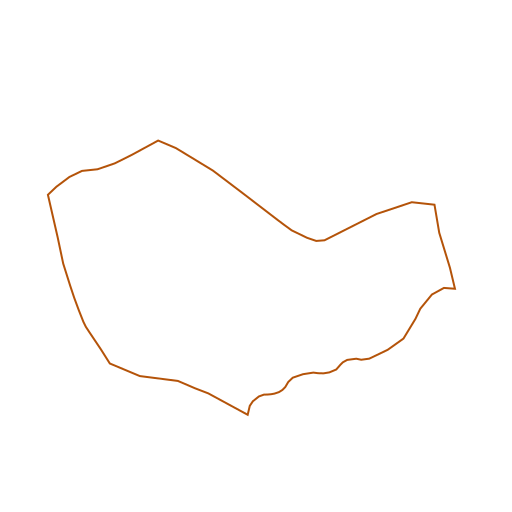 the district of Cajolá, Quezaltenango, Guatemala, rotated 338°
{"feature_id": "79465075B33960112872468", "entity_name": "Cajolá", "entity_type": "district", "adm_level": 2, "iso_a3": "GTM", "parent_name": "Guatemala", "parent_adm1": "Quezaltenango", "projection": "equal_earth", "projection_center": [-91.611, 14.937], "detail": "fine", "context": "isolated", "style": "outline", "palette": "amber", "viewbox_px": 512, "rotation_deg": 338, "n_neighbors": 0, "source": "geoboundaries", "source_scale": "gbopen_adm2", "svg_char_len": 982}
<svg xmlns="http://www.w3.org/2000/svg" viewBox="0 0 512 512"><g transform="rotate(338 256 256)"><path d="M440.7,275.3L420.6,264.5L383.5,262.2L325.4,267.1L317.5,264.6L310.1,258.2L298.7,245.6L293.9,237.9L289.5,230.6L267.4,193.1L248.0,160.6L222.2,126.0L208.5,112.3L178.8,115.7L159.7,117.2L141.5,116.2L126.5,111.9L112.7,112.8L96.9,117.0L86.0,121.3L79.1,164.4L74.4,190.8L72.6,213.7L71.8,226.5L71.4,239.7L71.3,252.4L71.7,257.9L73.0,264.4L77.2,284.4L80.2,300.9L103.3,323.8L136.8,342.6L149.9,355.8L160.3,365.5L188.8,400.1L194.1,392.6L198.7,389.5L206.1,387.3L211.4,387.5L214.9,388.8L218.2,389.8L221.5,390.5L226.3,390.8L230.3,390.1L234.0,388.5L238.7,384.9L244.5,382.6L255.3,383.2L265.5,385.6L269.8,388.0L274.7,390.1L280.4,391.4L287.9,391.3L293.6,388.4L296.7,387.1L301.6,386.5L310.5,388.8L314.7,391.6L322.5,393.6L343.0,392.3L361.8,387.8L380.3,374.0L388.6,366.4L404.7,357.6L418.3,356.0L428.2,360.9L431.4,339.6L434.6,303.1L440.7,275.3Z" fill="none" stroke="#b45309" stroke-width="2"/></g></svg>